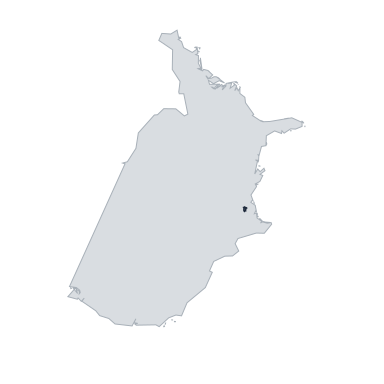 Washington, Texas, United States of America shown in context, rotated 288°
{"feature_id": "52423323B15750525116760", "entity_name": "Washington", "entity_type": "district", "adm_level": 2, "iso_a3": "USA", "parent_name": "United States of America", "parent_adm1": "Texas", "projection": "albers", "projection_center": [-96.362, 30.222], "detail": "fine", "context": "in_parent", "style": "filled", "palette": "slate", "viewbox_px": 384, "rotation_deg": 288, "n_neighbors": 0, "source": "geoboundaries", "source_scale": "gbopen_adm2", "svg_char_len": 4418}
<svg xmlns="http://www.w3.org/2000/svg" viewBox="0 0 384 384"><g transform="rotate(288 192 192)"><path d="M302.4,135.4L321.3,129.6L325.9,113.6L333.5,114.3L335.7,123.0L341.3,127.8L334.5,131.7L334.5,133.4L332.9,131.7L331.8,135.6L326.7,139.4L324.8,149.1L328.8,152.2L330.9,151.2L330.0,149.7L330.8,150.3L331.4,152.1L325.4,154.8L323.8,153.1L323.7,156.0L316.5,158.2L311.7,162.9L311.9,160.7L311.1,159.5L310.5,164.7L312.2,165.2L312.5,169.5L309.7,175.5L305.1,172.9L306.9,169.2L304.6,172.0L306.4,175.5L308.4,177.3L309.1,179.6L305.8,189.2L306.3,183.5L301.7,179.0L303.3,173.1L299.8,175.4L302.5,183.2L298.4,181.4L297.2,181.9L298.0,179.2L297.8,178.4L296.9,180.6L297.1,182.3L303.1,184.5L302.1,186.1L299.2,183.7L298.2,183.4L301.8,186.3L303.3,186.7L302.8,188.9L300.9,187.6L304.0,190.2L303.4,190.7L301.9,189.4L298.4,189.2L303.1,191.5L305.8,190.9L309.7,197.8L306.4,192.5L307.7,196.1L302.5,196.2L306.8,199.3L308.4,197.9L306.7,201.7L301.6,201.3L304.9,202.6L302.6,204.7L305.8,205.4L300.5,207.1L298.4,213.0L293.4,215.3L284.9,226.7L283.4,225.8L280.8,235.4L280.7,237.7L283.2,244.4L293.4,264.0L292.2,275.2L288.4,276.4L283.8,271.0L282.5,266.3L276.4,261.4L278.0,258.6L275.3,259.1L275.6,251.7L268.5,245.3L258.9,248.0L256.8,244.0L247.2,244.5L248.3,242.8L246.7,244.5L242.4,245.6L242.2,242.4L241.6,244.7L228.5,246.1L234.2,247.4L232.4,250.5L236.8,253.1L234.8,254.8L229.8,251.2L229.6,254.2L223.0,253.3L219.2,249.6L217.1,251.7L207.4,249.0L202.0,253.2L203.4,252.1L200.4,251.1L198.9,256.2L193.0,259.5L194.4,258.5L190.6,258.0L191.9,259.8L187.4,261.9L185.6,267.6L183.6,266.7L185.3,268.2L185.6,273.4L187.4,276.6L186.0,277.7L175.1,273.5L172.8,265.8L162.0,250.1L156.2,249.0L150.3,254.7L143.7,250.3L141.1,243.0L132.7,234.1L122.3,233.0L121.9,236.1L105.2,234.2L85.1,221.5L71.0,220.3L70.0,214.7L65.1,208.7L53.8,202.4L54.5,198.7L48.1,180.1L48.8,178.4L50.3,181.0L49.8,177.2L54.1,177.8L46.1,176.4L42.7,159.6L46.0,152.0L45.9,142.4L49.3,137.2L54.1,121.0L57.8,122.3L53.8,120.5L56.0,116.4L54.6,116.1L54.1,106.3L63.0,110.1L60.1,114.5L63.9,111.8L62.7,115.7L60.3,116.2L61.8,116.8L63.9,115.5L65.4,111.5L64.2,104.7L198.1,119.6L198.1,117.1L200.8,121.2L216.2,125.2L231.6,122.7L253.6,132.4L254.8,135.3L262.5,139.4L266.1,150.9L262.0,161.2L264.8,164.0L282.9,153.8L281.5,149.5L283.0,148.5L293.4,146.5L302.4,135.4ZM319.1,159.7L322.2,158.5L311.6,163.7L320.1,158.4L319.1,159.7ZM64.1,108.7L64.7,111.6L64.6,111.9L63.3,109.6L64.1,108.7ZM187.2,275.7L185.8,271.1L185.9,268.5L186.1,271.2L187.2,275.7ZM335.4,131.9L335.6,133.2L335.1,133.1L335.4,131.9ZM219.4,251.0L219.7,252.1L218.6,251.2L219.4,251.0ZM57.6,207.5L59.1,207.2L59.2,207.4L57.6,207.5ZM56.2,206.8L55.5,207.4L55.2,206.7L56.2,206.8ZM328.3,154.4L327.6,155.5L327.4,155.3L328.3,154.4ZM186.8,266.1L185.9,268.2L188.0,264.2L186.8,266.1ZM290.3,257.5L292.2,261.3L290.0,257.1L290.3,257.5ZM64.1,212.3L64.5,213.5L64.0,212.4L64.1,212.3ZM293.0,275.7L291.9,277.2L293.5,274.2L293.0,275.7ZM310.6,200.3L309.6,202.1L309.9,198.1L310.6,200.3ZM63.3,106.3L63.1,107.1L62.7,106.6L63.3,106.3ZM191.9,260.6L189.8,261.5L192.0,260.3L191.9,260.6ZM331.4,154.1L331.6,155.1L330.6,155.1L331.4,154.1ZM63.5,215.3L63.7,216.8L63.2,215.4L63.5,215.3ZM189.3,262.3L188.5,262.8L189.2,262.0L189.3,262.3ZM308.9,181.4L308.0,183.7L309.0,180.6L308.9,181.4ZM201.3,254.2L200.0,255.0L201.9,253.6L201.3,254.2ZM281.2,236.4L281.1,238.1L280.8,237.0L281.2,236.4ZM306.3,205.6L305.9,206.0L307.0,204.5L306.3,205.6ZM262.4,247.3L260.8,248.3L260.2,248.2L262.4,247.3ZM241.8,245.3L241.5,245.6L240.6,245.6L241.8,245.3ZM280.7,266.7L281.1,267.8L280.4,266.5L280.7,266.7ZM237.7,248.0L237.6,249.1L237.4,247.1L237.7,248.0ZM289.5,279.1L288.6,279.3L289.9,278.8L289.5,279.1ZM312.3,170.2L311.9,171.4L312.4,169.8L312.3,170.2ZM308.7,202.6L308.2,203.0L308.7,202.6Z" fill="#d9dde1" stroke="#a8b0b8" stroke-width="1"/><path d="M190.7,248.7L190.9,248.5L191.3,248.6L192.7,248.4L192.8,248.4L192.9,248.5L193.1,248.5L193.4,248.6L193.5,248.7L193.6,248.4L193.4,248.3L193.4,248.2L193.4,247.9L193.5,248.0L193.5,247.9L193.5,247.6L193.7,247.4L193.8,247.5L193.8,247.4L193.8,247.2L193.9,246.9L193.7,246.9L193.5,246.7L193.5,246.4L193.4,246.4L193.3,246.2L193.2,246.4L192.9,246.5L192.7,246.5L192.6,246.4L192.4,246.5L192.0,246.6L191.9,246.6L191.7,246.7L191.5,246.8L191.4,246.8L191.2,246.8L190.8,246.9L190.6,247.0L190.3,247.2L190.3,247.3L190.2,247.3L190.0,247.5L189.7,247.9L189.8,248.0L190.0,248.0L190.3,247.9L190.3,248.0L190.5,248.0L190.6,248.3L190.6,248.5L190.7,248.7Z" fill="#64748b" stroke="#1e293b" stroke-width="1.5"/></g></svg>